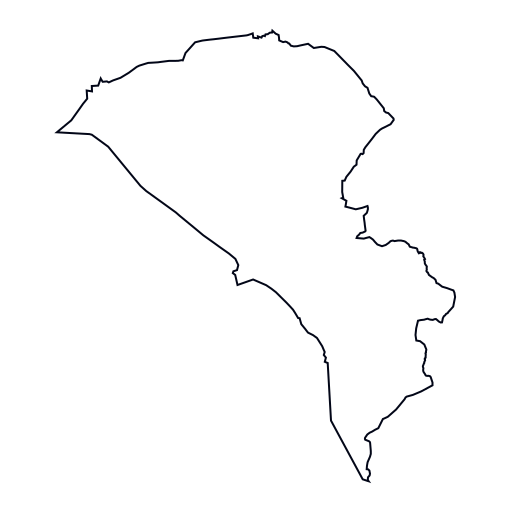 the district of Santa Ana Maya, Michoacán, Mexico
{"feature_id": "50627088B22901000354815", "entity_name": "Santa Ana Maya", "entity_type": "district", "adm_level": 2, "iso_a3": "MEX", "parent_name": "Mexico", "parent_adm1": "Michoacán", "projection": "equal_earth", "projection_center": [-101.02, 20.023], "detail": "fine", "context": "isolated", "style": "outline", "palette": "ink", "viewbox_px": 512, "rotation_deg": 0, "n_neighbors": 0, "source": "geoboundaries", "source_scale": "gbopen_adm2", "svg_char_len": 4932}
<svg xmlns="http://www.w3.org/2000/svg" viewBox="0 0 512 512"><path d="M56.9,132.3L89.4,134.1L91.8,134.7L100.3,140.9L108.2,146.7L140.4,185.8L146.3,191.1L149.1,193.1L160.6,201.4L175.8,212.4L179.8,215.9L195.0,228.4L203.3,235.3L209.1,239.4L214.3,243.1L219.4,246.8L225.2,250.9L228.9,253.5L235.4,258.9L238.3,265.1L237.0,270.1L233.4,271.3L232.8,273.1L235.2,274.9L237.5,285.0L253.1,279.5L259.1,282.1L266.2,285.2L271.4,288.7L275.9,292.2L286.7,302.9L290.3,306.7L293.1,309.8L295.2,313.1L298.1,318.0L299.6,318.2L301.3,324.2L305.4,329.2L306.2,330.3L308.0,332.6L313.0,335.1L317.0,338.0L320.5,343.5L322.2,346.2L323.8,350.0L324.7,352.0L324.1,354.0L323.8,355.0L325.9,357.6L324.8,361.8L327.7,363.0L331.0,420.6L362.7,479.3L368.7,481.3L367.8,480.0L368.0,477.3L369.6,475.5L370.0,473.7L369.4,470.6L368.2,469.4L366.7,469.2L367.0,465.6L367.6,462.2L369.0,459.0L370.0,456.7L370.8,453.9L370.8,451.0L370.1,442.8L369.9,442.2L369.7,441.8L369.1,441.3L365.2,439.7L364.9,438.9L365.1,437.7L367.3,434.5L369.7,432.7L372.1,431.6L375.2,429.7L378.3,428.2L382.9,419.0L384.4,418.4L384.8,418.2L387.8,416.8L392.9,412.3L396.1,409.5L404.6,399.2L405.5,397.5L406.7,396.6L412.9,394.9L421.2,391.4L432.5,385.3L432.5,382.5L430.7,377.1L430.1,376.3L429.3,376.0L428.5,375.8L427.7,375.9L426.7,375.8L426.1,375.7L425.6,375.3L425.3,374.6L424.7,373.6L423.7,372.2L423.3,371.2L423.2,370.7L423.2,370.1L423.2,369.3L423.3,368.8L423.4,368.2L423.3,367.9L423.0,367.1L422.9,366.8L422.9,366.5L422.9,366.1L423.5,364.6L423.9,363.5L424.3,362.9L424.2,362.5L424.3,362.0L424.6,361.3L424.7,361.1L424.9,360.8L425.0,360.5L425.1,360.3L425.0,360.0L425.0,359.5L425.0,359.2L424.7,359.0L424.8,358.4L425.1,358.1L425.4,358.0L425.7,357.2L425.6,356.8L425.6,356.4L425.7,355.7L425.7,355.1L425.7,354.6L425.8,354.1L425.7,353.9L425.5,353.6L425.5,353.2L425.6,352.9L425.8,352.7L426.0,352.4L426.0,352.1L425.9,351.7L426.0,351.3L426.1,350.6L426.3,350.1L426.3,349.4L424.3,344.5L420.1,341.2L416.3,340.5L416.1,339.1L415.5,335.0L416.1,329.2L416.2,328.3L418.0,320.7L420.5,320.1L424.1,319.7L425.7,319.2L427.7,318.7L429.4,319.4L430.8,319.7L432.8,319.9L434.5,319.2L435.9,319.0L437.3,320.1L438.8,321.5L440.7,322.5L442.0,322.4L442.6,319.6L442.8,318.4L443.8,316.3L445.1,315.3L446.1,313.9L447.7,313.1L448.2,312.2L453.2,306.6L455.1,297.0L454.4,292.6L453.4,290.4L450.8,289.5L447.0,288.1L442.2,286.7L438.3,283.7L436.5,283.1L435.5,279.8L433.6,278.0L432.2,277.3L428.9,274.9L427.9,272.6L427.7,272.6L427.2,272.2L426.7,271.5L426.4,271.0L426.5,270.3L426.8,269.8L426.8,269.3L426.7,268.6L426.6,268.1L426.7,267.7L426.8,266.9L426.8,266.4L426.4,265.9L426.1,265.4L425.6,264.8L425.1,264.0L424.8,263.2L424.8,262.4L424.8,261.6L424.4,260.5L424.2,259.7L425.0,259.1L424.4,258.0L423.3,256.3L423.3,256.1L423.5,255.3L423.5,254.5L423.1,253.8L422.5,253.1L421.8,252.7L421.1,253.0L420.7,252.8L420.4,252.3L420.1,252.2L420.0,252.5L419.7,252.9L418.9,253.3L418.7,253.0L417.8,251.5L417.5,250.6L417.4,249.9L417.3,249.3L417.0,248.7L416.4,248.3L414.0,247.7L413.1,247.7L412.6,247.5L409.8,246.7L408.7,244.4L406.7,242.9L405.5,241.8L403.8,241.1L402.7,240.9L400.9,240.5L398.3,240.5L394.5,241.1L393.0,240.6L392.1,240.7L390.5,241.2L388.7,242.9L385.7,245.0L382.0,246.2L377.4,244.5L375.0,242.0L373.0,239.6L371.1,238.2L369.4,237.1L366.3,237.9L363.8,238.6L356.6,238.0L357.2,236.3L359.1,234.6L360.3,233.0L362.7,232.6L365.2,231.4L365.6,230.8L364.8,224.8L364.6,222.8L364.1,219.3L363.7,215.8L366.8,212.9L367.3,211.4L367.9,209.2L367.9,207.7L367.6,206.3L367.5,206.0L362.3,207.8L355.8,209.3L350.5,207.9L345.4,206.6L345.8,204.5L346.4,200.8L341.8,198.2L343.2,197.6L342.2,192.0L342.3,180.8L344.7,180.6L346.4,176.8L350.6,171.6L353.8,166.7L355.3,165.6L356.5,164.7L356.7,160.4L360.6,153.9L361.2,153.7L362.6,154.1L363.6,153.1L363.8,149.8L365.3,147.3L368.0,143.9L371.7,139.2L375.7,133.9L380.0,129.8L382.0,128.5L384.7,127.2L390.6,124.2L393.7,119.9L393.5,118.5L388.3,113.1L386.0,112.5L384.2,111.0L383.8,108.3L376.7,99.4L374.2,96.8L373.1,96.5L371.2,96.2L369.3,93.5L367.5,87.8L365.0,86.3L362.7,83.4L361.7,80.5L354.0,71.0L351.6,68.6L347.6,64.6L344.9,61.8L343.7,60.6L334.3,51.0L329.4,49.0L324.5,47.0L321.3,46.8L313.8,48.0L308.1,43.8L300.6,45.4L297.1,46.2L293.8,46.4L290.9,45.7L289.2,43.5L288.4,43.4L287.5,42.4L285.5,41.6L283.1,42.1L281.0,41.2L279.2,40.4L279.0,37.6L278.6,35.0L275.7,33.7L272.4,30.7L272.1,32.5L269.8,32.7L267.7,34.2L265.5,34.4L264.9,36.1L263.9,35.7L262.3,36.1L261.5,37.6L257.9,36.4L258.1,38.3L253.3,37.7L252.7,33.4L250.8,34.1L247.8,35.1L246.4,35.4L238.5,36.3L227.3,37.6L224.0,38.0L218.4,38.7L213.2,39.3L210.2,39.6L203.6,40.4L202.2,40.6L195.1,42.3L190.0,48.0L185.5,53.0L182.8,60.4L181.5,60.2L178.1,60.8L172.5,60.9L168.8,60.9L160.1,62.0L158.0,62.3L153.3,62.6L148.2,62.9L145.8,63.6L139.4,65.6L136.7,66.9L128.9,72.7L120.5,77.8L113.1,80.4L108.8,82.4L106.9,81.4L102.7,81.8L102.6,81.7L101.7,80.2L100.9,78.9L100.7,78.5L98.2,85.6L91.8,86.0L92.0,91.4L86.7,90.5L87.2,98.7L83.1,103.7L79.1,109.4L75.8,114.0L71.3,120.3L67.1,123.8L60.0,129.7L56.9,132.3Z" fill="none" stroke="#020617" stroke-width="2"/></svg>